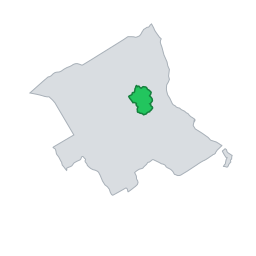 where Huambo sits in Angola, rotated 148°
{"feature_id": "AGO-1890", "entity_name": "Huambo", "entity_type": "Province", "adm_level": 1, "iso_a3": "AGO", "parent_name": "Angola", "parent_adm1": "", "projection": "orthographic", "projection_center": [15.812, -12.604], "detail": "fine", "context": "in_parent", "style": "filled", "palette": "green", "viewbox_px": 256, "rotation_deg": 148, "n_neighbors": 0, "source": "natural_earth", "source_scale": "10m", "svg_char_len": 5717}
<svg xmlns="http://www.w3.org/2000/svg" viewBox="0 0 256 256"><g transform="rotate(148 128 128)"><path d="M202.6,124.6L202.8,126.3L203.0,128.6L203.2,130.2L203.3,131.0L203.4,131.4L203.2,131.8L203.0,132.8L202.6,133.6L202.4,134.3L202.5,135.4L202.2,138.7L202.1,140.3L202.4,143.3L202.3,144.2L201.3,146.8L200.9,148.2L200.9,148.9L201.8,150.9L201.8,151.3L201.0,151.4L200.3,151.4L177.6,150.8L176.7,185.1L176.6,188.1L177.2,191.9L178.4,196.2L178.9,196.6L180.2,197.4L182.0,199.0L183.0,200.2L185.0,202.4L187.7,205.1L192.6,209.7L175.6,212.6L169.0,213.6L168.5,213.6L167.5,213.1L165.4,213.0L163.0,213.6L161.0,213.7L159.6,213.4L158.2,212.8L156.8,212.0L154.5,211.6L151.1,211.8L147.8,211.6L144.7,211.0L142.4,210.8L141.1,210.9L139.6,210.7L138.1,210.2L136.8,209.4L135.3,207.7L134.1,206.1L133.8,205.8L133.4,205.6L133.0,205.5L126.2,205.4L85.0,205.3L80.3,205.5L79.9,205.5L79.3,205.3L78.9,205.0L77.5,204.1L76.4,203.4L74.7,202.2L73.7,201.0L72.8,200.6L71.3,200.3L70.1,200.1L69.2,200.1L67.5,200.7L66.3,201.3L65.4,201.9L63.8,202.6L62.5,203.3L60.3,203.2L59.8,203.3L58.5,203.3L57.3,202.7L56.1,202.8L54.8,203.5L52.9,203.8L53.2,199.1L53.6,197.0L53.6,194.5L53.2,187.9L52.8,187.1L52.6,186.0L53.8,185.2L54.4,184.6L55.2,183.5L55.7,181.9L56.4,178.6L58.8,170.9L59.9,163.3L61.3,159.7L61.9,155.7L66.1,150.5L67.1,147.3L69.3,145.7L72.4,144.0L74.6,141.0L75.6,139.0L76.8,135.0L76.8,130.9L77.5,125.4L77.4,123.9L76.2,121.7L75.9,120.1L74.8,118.6L73.7,117.5L73.1,115.4L71.1,112.2L70.5,110.0L69.5,108.5L69.3,106.6L68.8,104.5L67.8,102.5L66.8,100.2L66.8,99.5L67.4,98.7L68.0,98.4L67.8,98.8L67.4,99.3L67.5,99.7L71.3,95.7L71.5,94.9L71.4,94.0L71.4,92.9L71.5,91.7L67.9,84.3L65.0,77.4L64.4,73.9L60.6,69.4L59.1,66.5L58.3,64.4L57.6,63.6L57.9,63.2L58.8,63.1L61.0,62.6L64.0,62.0L66.7,60.8L67.4,60.2L68.9,60.1L70.4,60.4L70.9,60.2L71.2,60.2L74.7,60.1L76.2,60.0L78.9,60.0L80.6,60.1L81.5,60.3L84.1,60.4L87.4,60.4L88.5,60.3L92.8,60.2L100.8,60.0L105.0,60.1L108.2,60.1L109.6,60.5L111.0,61.3L111.6,62.1L111.9,62.4L112.3,63.2L113.0,63.8L113.2,64.8L113.0,66.1L113.1,67.7L113.5,69.5L114.4,71.5L115.7,73.5L116.3,75.1L116.1,76.3L116.6,77.6L117.5,78.9L118.3,79.6L118.7,80.1L119.8,82.2L123.4,87.9L124.0,88.2L124.8,88.1L126.4,87.9L128.1,87.8L129.3,88.3L129.8,88.2L131.6,87.3L133.4,87.0L135.3,86.6L136.2,86.2L137.4,86.2L140.4,87.1L141.0,87.1L143.5,87.1L146.0,86.7L146.3,83.5L146.4,82.8L147.0,81.6L147.7,80.5L147.8,79.5L147.8,78.1L148.4,76.4L150.0,75.1L152.7,74.5L154.3,74.4L156.7,74.1L160.3,73.8L161.7,73.8L161.8,74.0L161.0,76.4L161.0,77.1L161.2,77.9L161.8,78.3L169.1,78.6L176.1,79.0L176.5,79.1L176.8,79.3L177.2,80.4L177.1,82.7L176.3,86.0L176.6,89.1L177.7,92.0L177.7,96.5L176.7,102.4L176.4,106.2L177.0,107.8L178.1,109.5L179.8,111.3L181.1,113.5L182.0,116.3L182.3,118.0L182.0,118.8L182.0,120.0L182.2,121.8L181.9,122.9L180.9,123.5L180.6,124.3L181.0,125.8L181.1,127.2L181.8,128.1L182.2,128.2L183.2,127.7L184.3,126.8L185.3,126.4L186.6,126.5L188.4,126.8L191.6,127.0L192.6,126.9L195.6,125.7L196.4,125.7L197.6,125.8L199.2,126.2L200.9,126.4L201.8,126.0L201.8,125.5L202.1,124.8L202.6,124.6ZM67.4,44.8L67.2,45.0L65.9,45.6L64.4,46.1L62.4,48.3L61.5,49.2L61.2,49.4L60.3,49.9L59.6,50.4L59.7,50.6L60.1,50.9L60.5,51.3L60.5,54.8L60.3,58.2L60.1,58.5L58.9,58.6L57.2,58.9L56.7,59.0L56.5,58.7L56.0,57.5L56.3,56.3L56.6,55.4L56.2,53.6L55.4,52.0L54.5,50.0L54.2,49.6L54.9,49.0L56.1,47.5L56.5,46.8L57.8,46.6L58.3,46.1L58.7,45.2L58.8,44.7L60.2,44.3L62.0,43.6L63.0,42.8L64.0,42.3L64.6,42.3L65.0,42.5L66.1,43.8L67.1,44.6L67.4,44.8Z" fill="#d9dde1" stroke="#a8b0b8" stroke-width="1"/><path d="M101.1,130.3L102.1,130.7L102.6,130.8L103.0,130.8L103.5,130.8L104.0,130.7L104.9,130.3L106.4,130.6L106.8,130.8L107.4,130.8L107.7,130.9L107.8,131.0L107.9,131.3L108.0,131.5L108.0,131.8L108.1,132.4L108.2,132.5L108.3,132.7L108.6,132.9L108.8,133.2L108.9,133.3L109.0,133.4L109.1,133.5L109.9,134.1L110.0,134.2L110.0,134.3L110.1,134.7L110.1,134.9L110.1,135.0L110.8,135.6L111.1,135.9L111.2,136.0L111.3,136.1L111.4,136.4L111.4,136.6L111.3,136.9L111.3,137.0L111.1,137.2L110.8,137.8L110.6,138.0L110.5,138.4L110.5,138.6L110.1,139.2L109.9,139.4L109.2,140.0L108.6,140.3L108.4,140.5L108.4,140.8L108.4,141.1L108.6,141.3L108.7,141.7L108.9,142.1L108.9,142.4L108.9,142.8L108.8,143.1L108.8,143.4L108.7,143.6L108.2,143.9L108.0,144.1L107.9,144.3L108.0,144.6L108.1,144.9L108.5,145.4L108.7,145.8L109.0,146.1L109.3,146.3L109.8,146.6L110.4,146.8L110.4,147.5L110.4,148.1L110.4,148.5L110.5,149.1L110.6,150.7L110.8,151.9L110.8,152.0L110.7,152.3L110.8,152.7L110.8,153.4L110.6,154.4L109.8,154.5L109.5,154.5L109.0,154.4L107.9,154.3L107.5,154.2L107.2,154.2L106.8,154.3L106.6,154.5L106.0,155.3L105.9,155.4L105.4,155.5L105.1,155.5L104.8,155.4L104.3,155.0L104.1,154.9L103.9,154.9L103.7,155.0L103.1,155.4L101.1,157.7L100.1,158.2L99.6,158.8L99.4,159.0L98.5,159.5L98.3,159.5L98.2,159.4L98.1,159.2L98.1,158.6L98.1,158.3L98.0,158.0L97.8,158.0L97.5,157.9L96.9,157.9L96.7,157.8L96.5,157.5L96.4,156.0L96.3,155.7L96.1,155.3L95.7,154.8L95.4,154.8L93.8,155.1L93.3,155.0L92.8,154.7L92.4,154.3L91.7,153.8L91.4,153.5L91.0,152.9L90.9,152.6L90.8,152.3L90.9,152.0L90.9,151.8L91.0,151.5L90.9,150.9L90.8,150.1L90.7,149.9L90.4,149.5L90.0,148.7L89.9,148.1L89.6,147.2L89.5,146.9L89.5,146.5L89.5,146.0L89.7,145.7L89.9,145.5L90.5,145.1L90.7,144.8L91.0,144.6L91.3,144.4L91.5,144.3L92.0,144.2L92.5,144.1L92.7,143.8L92.5,143.2L92.1,141.7L92.1,139.9L92.7,138.5L92.9,138.2L93.3,137.9L94.7,137.4L95.0,137.3L95.3,137.2L95.5,137.1L95.7,136.9L96.0,136.9L96.6,136.9L96.5,136.7L96.4,136.7L96.4,136.2L96.5,135.9L96.6,135.7L96.4,135.5L96.4,135.4L96.5,135.3L96.6,135.2L96.7,134.8L96.7,134.7L96.8,134.5L96.8,134.4L96.7,134.2L96.5,133.9L96.5,133.7L96.2,133.0L96.4,132.2L96.8,131.7L97.8,131.4L98.2,131.2L98.5,131.0L99.5,130.9L100.7,130.6L101.1,130.3Z" fill="#22c55e" stroke="#15803d" stroke-width="1.5"/></g></svg>